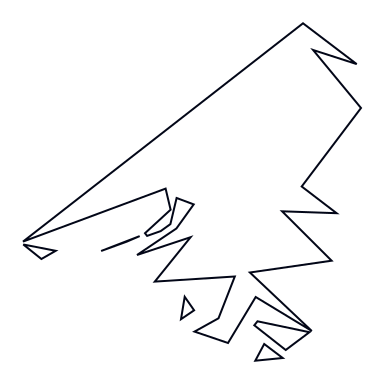 Kommune Kujalleq, orthographic projection
{"feature_id": "GRL-2740", "entity_name": "Kommune Kujalleq", "entity_type": "state/province", "adm_level": 1, "iso_a3": "GRL", "parent_name": "Greenland", "parent_adm1": "", "projection": "orthographic", "projection_center": [-44.745, 61.276], "detail": "coarse", "context": "isolated", "style": "outline", "palette": "ink", "viewbox_px": 384, "rotation_deg": 0, "n_neighbors": 0, "source": "natural_earth", "source_scale": "10m", "svg_char_len": 723}
<svg xmlns="http://www.w3.org/2000/svg" viewBox="0 0 384 384"><path d="M303.0,23.3L356.7,64.1L313.1,50.0L361.0,108.0L301.7,186.5L336.6,213.2L282.1,211.3L331.6,260.7L249.9,272.5L311.8,331.0L255.7,297.0L228.0,343.0L194.5,331.6L218.5,318.3L234.8,276.5L154.8,281.6L190.6,237.2L137.0,255.0L176.4,228.5L193.7,204.4L176.6,198.0L170.4,224.1L160.7,231.1L147.1,235.9L145.0,233.2L170.6,209.7L165.6,188.6L23.0,241.6L303.0,23.3ZM309.4,332.2L285.7,350.0L254.3,325.3L257.5,321.3L309.4,332.2ZM264.2,344.0L282.7,358.0L255.3,360.7L264.2,344.0ZM23.3,244.5L55.7,250.8L41.4,259.0L23.3,244.5ZM126.9,241.6L101.1,251.0L139.7,236.1L126.9,241.6ZM184.7,296.8L194.1,310.3L181.0,319.2L184.7,296.8Z" fill="none" stroke="#020617" stroke-width="2"/></svg>